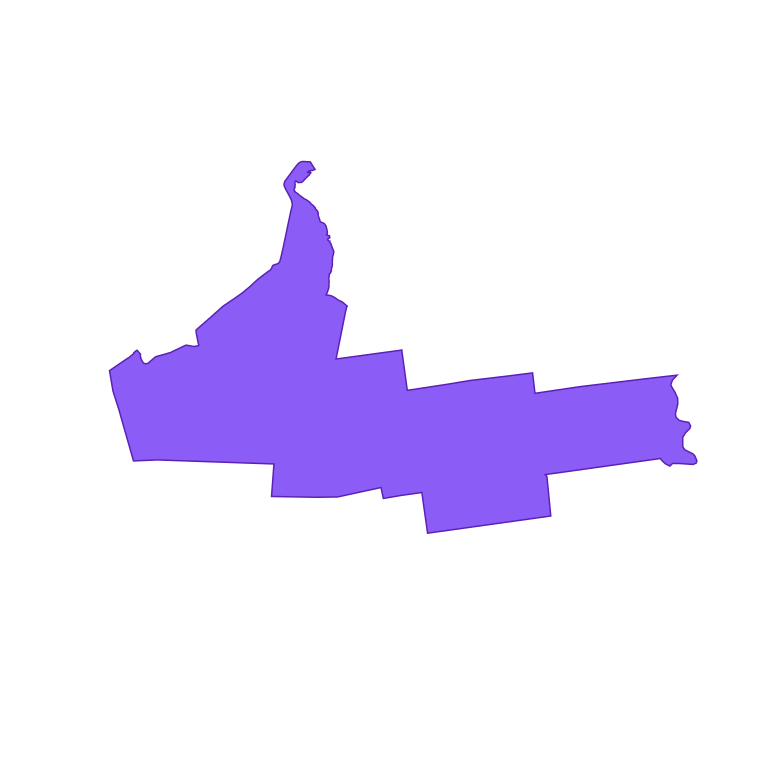 Suhaia, Teleorman, Romania (Albers equal-area conic projection), rotated 58°
{"feature_id": "2599482B91866656002466", "entity_name": "Suhaia", "entity_type": "district", "adm_level": 2, "iso_a3": "ROU", "parent_name": "Romania", "parent_adm1": "Teleorman", "projection": "albers", "projection_center": [25.195, 43.756], "detail": "fine", "context": "isolated", "style": "filled", "palette": "violet", "viewbox_px": 768, "rotation_deg": 58, "n_neighbors": 0, "source": "geoboundaries", "source_scale": "gbopen_adm2", "svg_char_len": 6038}
<svg xmlns="http://www.w3.org/2000/svg" viewBox="0 0 768 768"><g transform="rotate(58 384 384)"><path d="M584.3,312.5L548.9,294.9L548.1,294.9L546.9,295.2L546.4,295.4L546.2,295.4L593.6,189.2L596.3,188.8L600.5,187.8L605.1,185.1L604.3,181.4L608.2,175.3L616.0,164.5L616.5,161.2L614.9,159.3L609.5,158.5L607.2,158.9L599.3,163.7L595.6,163.9L587.6,159.0L585.3,154.6L583.7,148.0L582.0,146.2L578.1,145.9L573.3,151.1L570.9,153.1L567.1,153.9L563.8,152.8L556.5,145.3L551.6,142.5L545.1,141.6L538.5,141.5L536.5,141.1L533.4,137.1L532.4,132.8L531.8,130.8L517.8,160.2L490.1,219.2L471.9,260.9L453.3,252.1L443.2,274.0L426.6,309.2L418.3,329.2L410.0,348.5L401.7,367.6L364.5,350.9L364.4,351.5L337.4,411.4L302.4,378.4L299.4,375.3L299.0,374.8L298.6,374.0L298.2,374.0L295.2,375.0L294.4,375.2L293.7,375.4L293.2,375.6L292.6,375.8L290.8,376.8L289.8,377.6L289.0,378.1L286.6,379.2L285.4,379.6L283.0,380.8L282.5,381.1L281.6,381.8L280.8,382.4L280.3,382.9L279.9,383.3L278.7,384.7L278.3,385.4L277.8,385.9L275.7,382.7L275.3,382.3L274.3,381.3L273.9,380.6L273.4,380.1L273.0,379.8L272.8,379.6L272.2,379.1L271.6,378.6L270.8,378.2L270.4,378.0L270.0,377.7L269.3,377.2L268.5,376.5L267.1,375.8L266.1,375.4L265.3,374.9L263.9,373.7L263.4,373.4L262.6,372.8L261.9,372.2L261.6,370.9L261.4,370.5L260.7,369.5L260.4,369.0L260.1,368.7L259.8,368.4L259.2,368.1L258.9,367.9L258.4,367.6L257.7,366.7L257.3,366.1L257.1,365.9L256.6,365.5L256.0,365.0L255.4,364.5L252.2,362.6L251.2,361.7L250.6,361.4L249.5,360.6L248.6,359.8L248.1,359.2L247.4,358.4L246.9,357.9L246.2,357.3L245.2,356.5L244.3,356.2L243.5,356.0L241.6,355.8L240.3,355.4L239.6,355.3L239.0,355.3L238.6,355.2L237.8,354.8L237.4,354.7L236.4,354.7L235.3,354.9L234.9,354.8L234.5,354.8L234.3,354.8L234.2,354.5L234.0,354.9L233.9,355.0L233.2,355.0L232.8,355.0L232.5,355.3L232.2,355.3L231.9,355.2L231.8,355.3L231.7,355.2L231.4,354.8L231.1,354.2L231.0,353.9L231.0,353.6L231.1,353.4L231.3,353.0L231.2,352.5L231.2,352.4L229.3,351.7L229.1,351.8L228.7,352.5L228.3,352.8L227.9,353.0L227.4,353.1L227.3,353.5L226.8,353.5L226.7,353.0L226.4,352.5L225.9,352.0L225.3,351.6L224.7,351.3L223.0,350.7L222.0,350.2L220.7,350.0L219.9,349.6L219.6,349.5L218.7,349.4L217.6,349.5L216.5,349.6L216.0,349.8L215.6,350.0L213.1,351.7L212.7,351.9L212.2,351.9L211.1,351.8L210.8,351.7L210.5,351.4L209.5,351.2L207.9,350.9L207.6,350.8L206.9,350.7L206.6,350.6L205.8,350.2L205.4,350.0L205.1,349.7L204.6,349.6L204.2,349.2L203.8,349.1L202.7,349.0L202.4,348.8L202.1,348.7L201.9,348.8L201.6,349.0L201.4,349.0L200.9,348.9L200.5,348.9L200.2,348.9L199.2,349.4L198.9,349.4L198.4,349.1L198.1,349.0L197.6,349.0L197.1,349.1L196.8,349.1L196.4,349.4L196.1,349.5L195.9,349.5L195.5,349.4L194.9,349.5L194.6,349.6L193.4,350.2L192.9,350.4L192.2,350.3L191.8,350.5L191.5,350.6L191.1,350.5L190.7,350.6L190.3,350.7L189.2,351.1L188.8,351.3L188.4,351.5L187.8,351.7L185.9,352.6L185.4,353.0L185.0,353.3L184.0,353.8L183.4,353.9L181.5,354.7L180.9,354.9L180.5,355.1L179.5,355.5L179.0,355.7L177.3,356.2L176.4,356.5L174.3,357.5L173.6,357.5L173.4,357.7L173.2,357.4L173.0,357.5L172.5,357.5L172.4,357.5L171.8,357.5L171.6,357.4L171.3,357.2L171.1,356.8L170.7,356.5L170.7,356.3L170.6,355.9L170.4,355.5L170.1,355.3L169.7,355.2L169.3,354.9L169.1,354.6L168.7,354.4L168.6,354.2L168.3,354.1L167.9,353.7L167.2,353.4L166.6,353.2L165.9,352.7L165.6,352.4L165.3,352.2L165.2,351.8L165.1,351.5L165.1,351.3L165.3,351.0L165.4,350.9L165.6,350.9L166.4,350.7L166.6,350.5L166.9,350.4L167.3,350.5L167.6,350.1L168.0,349.7L168.2,349.2L168.4,348.5L168.5,348.4L168.9,347.9L169.1,347.8L169.1,347.7L169.3,346.4L169.3,345.9L169.2,345.4L169.0,344.8L168.9,344.2L168.4,342.7L168.2,341.8L167.9,340.7L167.9,340.2L167.5,338.8L167.3,337.1L167.2,336.6L166.7,336.1L166.4,335.5L166.3,335.2L166.3,334.3L166.2,334.1L165.7,334.1L165.4,334.2L165.2,334.5L164.9,334.9L164.7,335.4L164.6,336.4L164.5,336.6L164.1,336.6L163.9,336.6L163.8,336.4L163.7,335.7L163.6,335.1L163.6,334.5L163.7,334.2L164.1,333.4L164.2,333.1L164.3,332.8L164.6,332.1L165.0,331.5L165.2,331.1L165.2,330.8L165.1,330.3L165.2,330.1L165.3,329.9L165.5,328.8L156.5,328.8L154.7,331.5L153.9,332.6L152.8,334.1L152.1,335.3L151.8,335.9L151.5,337.3L151.5,338.2L151.5,339.1L151.9,340.8L152.5,342.7L155.5,350.5L156.2,352.1L158.6,358.3L159.0,359.3L159.3,360.1L159.7,360.9L160.5,361.9L161.1,362.5L161.7,363.0L162.5,363.4L163.0,363.6L163.9,363.8L164.8,363.9L167.1,364.2L172.9,364.5L177.7,364.9L178.3,365.0L180.0,365.4L181.1,365.8L182.1,366.1L182.7,366.4L183.5,366.9L184.8,368.0L186.0,369.2L186.7,370.0L186.9,370.2L187.6,371.0L193.2,376.4L211.4,393.9L215.7,398.0L217.3,399.6L218.1,400.5L219.1,401.4L223.5,405.9L224.7,407.3L225.3,408.4L225.6,409.7L225.6,410.4L225.4,411.6L224.7,414.1L224.6,414.6L224.6,415.0L224.8,416.0L225.5,417.0L226.5,418.4L227.0,419.4L227.2,422.4L227.2,423.0L227.6,427.8L228.1,432.8L228.4,435.7L229.2,440.3L230.0,444.3L230.3,445.7L231.0,451.1L231.6,455.0L232.2,464.7L232.3,468.8L232.5,474.0L232.6,475.0L232.6,476.8L232.7,479.2L233.5,484.0L233.6,484.5L234.2,487.9L235.7,496.7L237.1,505.3L238.3,512.8L238.6,514.5L239.0,515.1L240.8,516.0L241.5,516.3L246.9,518.4L251.2,520.0L252.0,520.3L252.3,520.3L252.6,520.3L252.9,520.6L253.1,520.8L253.1,521.0L252.8,522.0L252.0,524.1L251.7,524.9L251.3,525.5L248.3,528.8L246.7,530.6L246.4,531.0L246.1,531.5L246.0,531.8L245.4,537.2L244.3,546.9L244.3,547.8L244.3,548.2L244.2,548.4L243.6,550.2L243.1,552.2L242.6,554.0L240.8,559.9L240.2,562.0L240.0,562.6L240.0,563.7L240.0,564.7L240.4,566.8L240.8,569.6L241.3,572.4L241.3,573.1L241.2,573.7L241.0,574.3L240.8,574.9L240.4,575.4L240.1,575.8L239.8,576.1L239.3,576.6L239.0,576.7L238.0,577.0L237.5,577.0L236.4,576.9L233.3,576.7L232.6,576.1L231.8,576.0L231.0,575.9L230.5,575.5L230.4,575.3L230.2,575.0L229.9,574.7L229.4,574.8L225.1,575.4L224.5,575.5L224.4,575.7L224.4,576.1L224.9,579.6L225.4,579.7L225.8,581.8L226.0,583.6L226.1,584.5L226.5,586.1L226.4,586.5L226.3,586.8L227.2,609.7L246.4,617.6L265.6,622.5L274.8,625.2L316.5,637.2L328.3,616.4L393.5,519.7L419.8,539.0L444.7,500.6L455.2,483.2L470.2,441.4L480.7,445.2L487.8,428.0L496.1,409.4L533.6,426.1L584.3,312.5Z" fill="#8b5cf6" stroke="#5b21b6" stroke-width="1.5"/></g></svg>